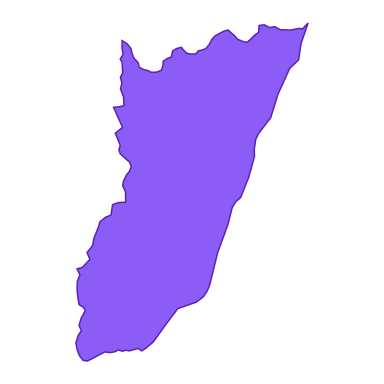 Sentinela do Sul, Rio Grande do Sul, Brazil
{"feature_id": "56859067B78209847482393", "entity_name": "Sentinela do Sul", "entity_type": "district", "adm_level": 2, "iso_a3": "BRA", "parent_name": "Brazil", "parent_adm1": "Rio Grande do Sul", "projection": "robinson", "projection_center": [-51.619, -30.633], "detail": "fine", "context": "isolated", "style": "filled", "palette": "violet", "viewbox_px": 384, "rotation_deg": 0, "n_neighbors": 0, "source": "geoboundaries", "source_scale": "gbopen_adm2", "svg_char_len": 1757}
<svg xmlns="http://www.w3.org/2000/svg" viewBox="0 0 384 384"><path d="M153.3,341.9L166.4,323.7L177.8,308.6L196.4,302.1L203.6,296.5L207.3,290.8L209.5,285.6L210.9,280.1L217.7,252.5L227.9,224.6L232.2,207.6L235.9,201.5L240.6,197.6L248.7,177.4L251.5,167.4L254.5,156.3L254.3,149.3L255.7,139.5L258.5,133.6L270.7,117.7L278.0,94.2L287.4,73.5L289.7,68.4L298.6,59.9L301.1,43.3L308.1,23.0L302.6,28.8L298.7,28.4L290.6,30.1L280.3,29.7L274.8,26.6L269.7,27.6L264.2,24.8L259.1,25.5L258.6,32.4L254.6,35.2L250.7,39.1L247.7,41.9L244.3,42.1L241.0,40.6L237.8,39.4L234.5,35.6L231.5,33.2L228.2,30.0L224.2,31.1L218.9,33.7L214.9,36.0L211.8,39.4L209.4,44.3L205.8,48.6L202.0,50.1L198.5,50.7L195.8,53.8L191.8,54.2L186.8,53.2L183.6,50.2L181.3,47.3L176.4,48.6L172.7,50.9L171.2,57.2L167.4,58.4L163.2,61.2L162.9,65.7L161.3,70.3L156.4,72.2L151.1,72.3L147.6,70.4L143.6,69.6L139.3,67.2L138.1,62.6L133.8,58.0L131.8,52.5L131.1,48.8L127.3,43.9L122.1,40.6L122.0,47.9L123.2,54.2L120.2,59.0L122.2,62.6L122.4,67.6L122.7,72.8L120.4,77.3L121.9,83.1L120.5,88.8L123.5,96.9L124.0,105.6L119.1,106.8L113.6,107.3L122.5,127.4L115.2,133.3L118.4,140.5L120.2,145.6L118.9,149.7L120.2,153.8L129.4,162.1L131.3,166.6L129.4,171.4L126.4,175.1L123.5,181.0L122.7,185.8L125.5,191.7L125.7,202.2L118.2,202.6L112.6,204.6L111.0,215.1L105.6,217.2L99.9,221.8L98.7,226.2L93.8,238.8L92.8,244.9L90.8,247.9L87.0,252.5L89.9,259.4L82.2,267.5L77.1,268.8L79.9,274.9L77.3,281.4L77.1,290.7L78.3,300.5L79.2,304.8L83.5,307.3L85.3,310.9L81.4,317.6L79.0,325.5L81.4,330.6L78.1,335.7L75.9,342.8L77.3,350.3L79.6,355.9L83.1,360.4L87.4,361.0L91.7,358.9L104.6,352.0L110.3,352.6L115.0,351.7L118.4,349.9L122.0,351.2L125.7,350.3L129.6,350.8L138.3,348.4L141.6,350.9L145.7,348.4L153.3,341.9Z" fill="#8b5cf6" stroke="#5b21b6" stroke-width="1.5"/></svg>